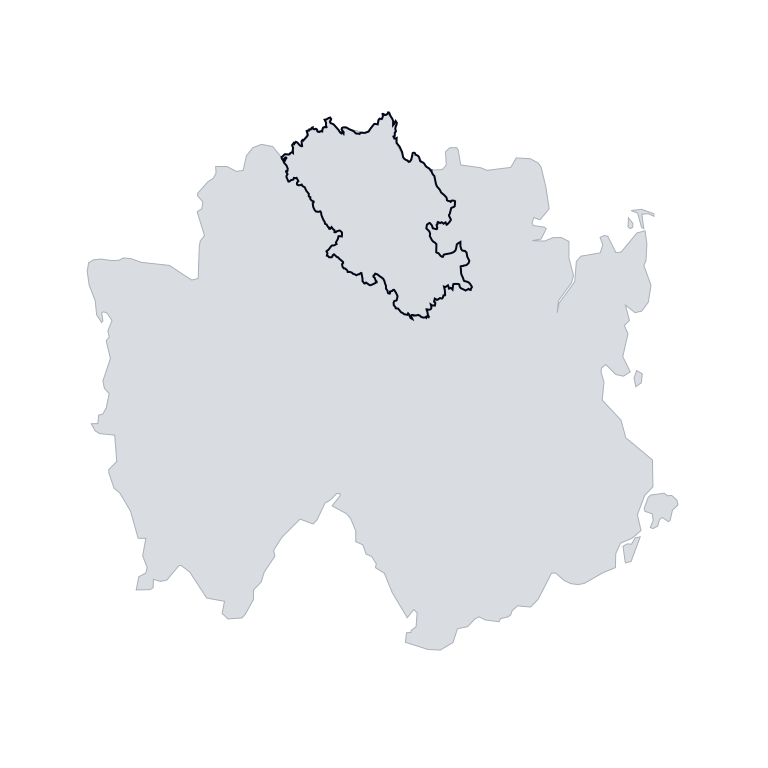 Nordrhein-Westfalen on a map of Germany (Natural Earth projection), rotated 80°
{"feature_id": "DEU-1572", "entity_name": "Nordrhein-Westfalen", "entity_type": "State", "adm_level": 1, "iso_a3": "DEU", "parent_name": "Germany", "parent_adm1": "", "projection": "natural_earth1", "projection_center": [7.941, 51.424], "detail": "fine", "context": "in_parent", "style": "outline", "palette": "ink", "viewbox_px": 768, "rotation_deg": 80, "n_neighbors": 0, "source": "natural_earth", "source_scale": "10m", "svg_char_len": 9829}
<svg xmlns="http://www.w3.org/2000/svg" viewBox="0 0 768 768"><g transform="rotate(80 384 384)"><path d="M332.1,660.3L311.4,649.0L293.1,650.1L290.1,646.4L283.9,646.7L274.4,640.9L266.2,644.3L264.2,647.6L264.8,649.6L273.2,649.9L274.3,651.5L265.8,655.0L251.8,653.9L235.4,657.2L221.5,656.7L213.4,653.9L211.3,648.7L211.8,641.0L215.2,630.8L216.1,623.4L214.6,618.6L216.6,611.5L222.0,602.0L230.0,574.7L248.2,555.4L247.9,548.7L216.4,542.0L211.2,540.1L206.7,535.0L181.9,538.1L179.8,532.9L173.2,530.8L166.3,534.9L163.8,534.4L154.2,522.2L151.8,516.5L147.3,512.8L140.5,512.0L142.6,500.8L149.0,492.5L149.2,485.6L135.4,479.9L128.5,472.1L126.7,463.0L130.8,452.4L142.2,446.1L140.8,435.7L131.2,430.3L130.6,428.6L134.7,424.7L120.4,413.0L123.7,401.2L121.3,397.8L114.6,395.2L112.5,391.7L117.3,390.9L128.7,382.8L129.1,381.5L125.9,380.3L125.6,377.0L133.0,359.8L132.7,356.9L126.7,348.5L126.6,345.6L118.4,336.2L118.4,333.1L131.4,327.2L142.5,331.5L146.6,328.9L152.1,329.2L165.4,324.9L169.0,319.7L163.9,315.5L164.4,312.1L179.4,302.7L181.9,298.1L182.9,289.5L180.9,286.5L178.9,284.6L166.0,283.1L162.7,278.1L163.9,271.5L166.1,270.3L181.6,270.4L187.8,251.3L191.5,245.3L192.7,221.5L184.3,214.5L187.5,200.9L193.3,193.6L197.9,191.6L218.0,190.4L240.2,190.9L249.4,201.9L246.0,207.6L251.4,210.3L254.0,209.3L257.3,198.9L259.2,197.2L268.5,204.1L268.6,213.1L271.1,200.9L269.2,192.4L270.5,184.1L275.7,177.1L292.0,180.0L310.0,178.5L316.8,181.7L332.3,197.7L343.9,201.1L335.0,197.7L316.2,178.3L296.7,173.3L292.3,167.7L292.4,148.3L285.0,144.4L277.1,145.7L276.0,141.3L277.3,138.0L294.9,132.8L295.2,127.5L279.2,108.7L278.4,100.3L291.9,100.8L308.3,104.7L312.4,107.5L333.2,103.9L349.3,109.5L356.9,117.4L357.4,124.3L348.2,132.5L364.1,131.3L368.2,137.2L376.8,135.0L398.5,144.1L414.8,139.4L417.9,146.8L414.8,154.2L403.4,162.1L406.0,167.0L409.7,168.1L420.5,167.1L437.8,171.9L460.7,156.9L479.0,155.2L505.4,132.8L531.9,137.0L539.0,146.6L556.8,157.2L572.9,156.3L578.9,166.3L581.8,178.7L591.3,185.2L605.0,188.0L607.8,201.0L615.2,221.5L615.2,227.8L613.0,234.8L608.7,240.8L599.9,247.8L599.4,251.9L622.6,269.4L629.1,278.3L625.7,291.0L629.5,297.2L633.4,299.3L635.0,302.5L635.2,309.9L638.1,312.0L633.9,325.4L629.8,330.9L631.3,335.5L637.5,343.8L637.8,354.2L650.5,360.9L655.8,374.8L653.1,386.8L642.1,407.8L632.9,405.0L633.3,400.5L631.6,400.2L628.5,394.5L615.0,391.1L611.3,393.9L618.2,401.7L590.6,412.2L570.4,416.5L563.4,424.3L559.7,422.8L551.6,426.2L548.4,431.2L538.6,432.8L534.4,439.2L523.7,437.3L510.9,440.2L505.2,443.5L495.0,456.3L486.3,446.5L484.2,446.5L483.7,449.7L488.9,456.8L491.0,462.7L506.2,473.6L509.5,478.1L502.5,490.1L517.4,511.4L528.5,521.5L534.7,521.4L548.4,534.6L557.5,539.2L564.4,548.4L573.3,549.8L586.9,560.8L589.7,564.6L588.3,578.4L581.8,583.3L570.3,578.8L564.0,595.8L535.5,607.9L527.4,615.3L527.4,617.7L539.4,632.0L539.6,638.4L536.3,645.0L544.6,646.8L545.9,650.2L543.8,663.8L531.2,658.9L528.8,651.4L523.6,649.1L511.3,651.5L494.6,645.3L493.3,652.9L465.0,655.7L445.5,663.1L439.8,667.9L424.3,670.4L420.6,670.0L413.9,660.6L387.6,658.1L383.5,672.5L380.1,676.5L372.3,679.2L373.3,672.7L365.1,670.4L364.7,666.1L359.3,661.7L345.7,656.3L339.8,660.1L332.1,660.3ZM571.5,139.2L573.1,144.2L571.6,146.7L565.0,142.5L558.4,142.5L554.7,149.1L551.7,149.4L541.4,143.4L539.7,140.5L540.2,127.1L543.3,124.2L543.7,120.1L549.2,115.7L554.2,115.5L558.3,121.8L568.1,126.0L568.9,127.8L563.8,133.1L565.2,136.0L571.5,139.2ZM601.7,171.5L602.1,177.4L585.3,176.8L583.7,172.3L584.7,168.0L579.1,163.3L579.0,158.2L601.7,171.5ZM259.7,104.5L256.1,110.5L256.7,100.0L263.1,88.8L265.7,89.0L262.2,94.2L261.6,100.6L276.1,101.2L274.4,103.2L259.7,104.5ZM430.4,136.5L421.5,136.7L414.6,132.9L418.8,127.9L427.4,130.3L430.4,136.5ZM273.7,114.5L271.5,116.4L262.8,114.4L269.2,111.0L272.9,111.9L273.7,114.5Z" fill="#d9dde1" stroke="#a8b0b8" stroke-width="1"/><path d="M167.2,310.0L170.7,309.7L171.4,309.1L172.8,307.0L173.9,306.1L176.4,305.2L177.6,304.4L179.7,302.0L182.3,300.8L182.4,300.4L182.3,300.2L183.9,300.2L186.3,299.4L187.9,298.3L196.0,298.1L198.5,297.6L202.4,295.3L205.3,294.5L208.3,292.0L211.0,290.2L212.2,290.0L213.9,290.1L214.7,289.3L215.6,287.2L216.2,286.8L215.8,286.1L215.3,285.9L215.1,285.2L215.8,282.8L216.2,282.4L216.7,282.3L221.2,283.5L221.7,284.4L222.3,287.2L228.0,289.8L228.8,290.6L229.6,290.8L233.5,289.6L234.1,289.7L236.3,291.9L237.9,294.2L238.1,294.6L237.9,294.8L235.5,295.3L235.7,296.2L236.5,297.5L234.7,299.2L235.3,300.8L233.8,302.7L234.2,303.2L235.8,303.5L236.1,304.3L236.6,304.6L239.1,304.4L240.5,304.9L240.7,305.3L239.1,308.9L236.6,309.2L235.1,309.8L233.4,311.0L233.3,311.4L234.5,314.0L238.1,315.3L241.0,313.2L241.9,312.8L244.1,312.5L246.2,313.2L250.4,311.9L252.2,310.9L253.5,309.4L255.4,308.1L263.3,309.7L263.7,309.4L264.8,307.5L267.7,306.0L268.7,304.9L269.0,303.9L267.0,302.7L266.9,302.0L266.8,295.2L266.2,292.6L265.6,291.5L264.9,290.5L263.2,289.5L259.3,288.1L258.6,287.2L257.4,284.1L261.3,284.8L264.6,284.5L266.0,283.8L266.4,283.3L267.0,281.2L268.9,279.9L273.0,279.9L277.5,278.6L279.5,279.6L281.1,281.9L281.3,283.1L281.2,284.8L281.5,285.5L281.3,287.4L281.5,288.1L288.4,288.8L290.3,288.6L292.3,288.0L296.3,287.3L296.7,286.7L297.6,284.6L298.5,283.2L300.0,282.0L303.3,280.6L303.9,280.6L305.2,281.8L306.4,282.3L306.0,283.4L305.0,284.1L306.1,287.3L302.9,291.8L301.5,292.5L299.0,292.6L298.3,293.8L297.6,297.9L297.8,298.5L302.9,300.1L301.1,301.3L300.9,301.7L301.3,302.7L301.3,303.5L299.8,303.5L297.9,303.9L299.1,306.4L299.1,306.9L298.5,308.0L302.4,307.8L307.1,308.4L307.3,308.7L307.0,310.0L309.1,311.0L309.8,311.8L309.9,312.2L309.1,313.9L310.4,316.9L310.3,317.5L309.2,318.4L309.1,318.9L308.8,319.2L311.7,320.4L311.9,320.3L312.2,319.7L313.1,319.4L315.6,320.2L315.0,322.9L313.8,324.1L316.6,324.0L318.0,324.5L318.5,325.3L318.7,326.2L318.6,327.1L317.8,329.1L318.4,329.2L320.4,328.7L323.0,328.8L325.7,328.2L326.0,328.4L324.8,330.2L325.0,330.7L326.1,331.0L325.5,331.7L325.5,333.5L324.4,335.8L322.8,336.9L322.5,337.7L321.9,338.3L322.1,340.8L321.7,341.7L321.9,342.6L321.0,343.5L320.9,344.2L320.9,344.9L321.3,345.4L322.1,345.4L324.9,344.8L323.6,346.4L319.3,347.5L318.6,348.0L319.9,349.0L318.8,352.0L317.3,353.3L316.4,354.7L312.2,357.0L311.5,359.3L310.4,359.4L308.0,360.7L305.4,360.4L304.0,359.3L304.0,358.1L303.9,357.3L303.6,356.9L299.8,355.4L296.4,356.3L293.4,357.5L293.0,357.8L292.9,358.6L293.8,359.8L294.0,362.0L295.5,362.3L296.0,362.7L295.5,363.9L295.1,364.3L292.6,364.4L290.4,365.5L287.6,365.0L285.5,365.5L282.8,365.7L280.1,366.5L279.6,367.3L278.5,367.9L278.1,368.6L274.9,371.5L273.8,373.5L274.9,374.4L275.4,375.5L276.3,375.8L276.9,375.6L277.6,374.8L280.4,374.3L281.9,373.4L282.6,373.6L282.4,374.6L283.1,375.0L284.3,379.5L284.3,380.5L284.2,380.9L281.0,384.1L281.7,385.4L281.6,385.9L278.9,387.3L276.9,386.9L270.9,386.9L270.6,387.5L271.6,389.2L271.5,390.2L272.1,392.4L271.0,393.6L270.0,395.5L268.9,396.1L267.6,398.3L267.4,400.3L266.1,400.4L265.1,400.9L263.3,402.5L263.2,403.5L261.4,404.5L258.7,404.5L257.7,403.2L256.6,403.2L252.6,406.5L251.4,407.1L250.8,408.3L247.6,410.7L247.7,411.1L248.1,411.4L248.2,412.0L249.7,412.9L250.1,413.6L249.6,416.2L248.4,416.8L247.7,418.0L245.4,417.0L243.5,417.6L243.1,417.5L242.7,416.3L241.7,414.8L239.2,412.2L238.6,411.2L238.8,409.0L237.9,406.4L236.3,406.8L232.9,404.1L230.6,403.2L230.5,402.7L231.4,399.9L227.9,399.1L227.1,399.3L225.3,400.7L225.1,401.6L225.4,403.8L226.1,405.0L226.1,405.9L225.9,406.4L224.1,406.0L222.6,407.3L220.4,408.4L221.8,409.8L221.8,410.6L221.5,411.1L220.5,410.8L219.6,411.9L217.0,412.8L215.9,414.3L214.2,414.2L211.9,415.2L206.9,416.3L204.7,416.2L203.2,416.5L202.8,416.9L203.1,417.3L203.0,419.2L202.5,420.1L202.4,421.0L200.4,422.2L197.0,423.0L193.6,422.8L193.0,421.8L192.0,421.6L191.2,423.0L189.4,424.3L188.7,424.5L187.2,424.1L186.4,425.3L185.7,425.5L183.8,425.0L180.1,427.0L176.5,427.9L175.0,429.8L173.3,430.4L173.6,432.3L173.4,433.8L172.6,434.9L171.8,435.0L170.6,434.7L169.4,433.1L165.8,434.3L165.9,435.5L165.4,436.9L166.9,437.8L167.1,440.2L168.1,442.0L168.2,442.5L168.0,443.0L163.3,444.1L162.3,444.0L160.5,442.5L158.4,443.5L157.7,443.5L157.3,443.3L157.7,442.5L157.6,442.2L155.4,441.4L151.9,442.1L149.1,443.8L147.8,444.2L147.0,442.8L145.6,442.1L144.7,441.0L144.2,440.9L143.8,441.4L143.8,441.8L145.9,444.7L144.2,445.5L142.7,445.5L142.7,445.0L140.6,442.1L140.5,441.2L141.4,438.4L141.4,437.1L140.8,436.8L140.3,436.1L139.8,434.6L140.0,434.0L140.6,433.5L137.0,433.0L135.8,432.5L132.9,433.1L131.4,431.5L131.9,430.9L130.7,430.7L130.7,430.3L131.1,429.7L130.2,428.7L131.3,427.3L134.5,425.4L135.6,423.8L135.5,423.3L131.4,423.2L130.1,422.7L129.5,421.6L130.2,421.2L126.7,416.7L125.5,415.8L121.4,416.2L121.2,415.5L121.4,414.0L120.3,413.4L120.6,412.0L119.1,410.6L118.9,409.6L119.8,409.8L120.7,409.2L121.0,408.2L120.8,406.9L121.3,406.1L122.2,405.8L123.5,405.8L124.2,405.2L124.6,403.8L124.1,402.3L124.6,401.0L122.7,400.5L120.9,399.4L120.6,397.7L121.2,396.4L121.1,396.0L119.0,396.2L116.6,395.7L113.4,396.6L113.4,394.7L112.5,392.5L112.2,390.8L113.8,390.0L114.7,390.4L116.2,391.7L117.2,391.6L118.0,391.0L119.1,389.1L119.9,388.3L125.5,384.9L128.9,383.4L129.8,382.4L128.5,381.5L130.4,380.4L129.0,380.0L126.0,381.6L124.6,381.0L124.2,379.6L124.4,377.9L124.9,376.4L126.8,374.3L129.9,369.8L132.0,368.5L132.6,367.8L133.1,365.2L133.5,364.6L132.6,363.7L132.7,362.3L133.4,359.2L132.7,355.3L130.3,353.1L126.4,348.8L126.2,347.9L127.2,345.1L123.2,343.7L121.9,342.3L122.7,340.2L122.1,339.7L120.1,338.6L117.8,338.5L117.9,337.7L119.2,336.6L119.3,335.1L118.6,333.6L117.2,332.8L117.4,332.1L118.4,331.6L120.8,331.2L124.1,329.8L126.5,329.3L130.7,330.1L129.9,329.1L127.0,326.9L129.0,326.0L130.9,326.7L132.8,327.9L134.8,328.6L137.2,328.3L138.5,329.8L140.8,330.1L141.7,330.5L141.9,331.7L144.1,331.2L144.3,330.5L143.9,328.8L147.7,329.7L148.9,329.7L152.8,327.5L158.7,325.9L163.9,325.8L165.5,325.1L166.9,323.8L168.2,321.9L169.5,321.2L169.4,319.7L167.6,318.1L161.5,315.6L161.4,314.4L161.8,313.6L163.6,313.1L164.9,311.2L165.9,310.4L167.2,310.0Z" fill="none" stroke="#020617" stroke-width="2"/></g></svg>